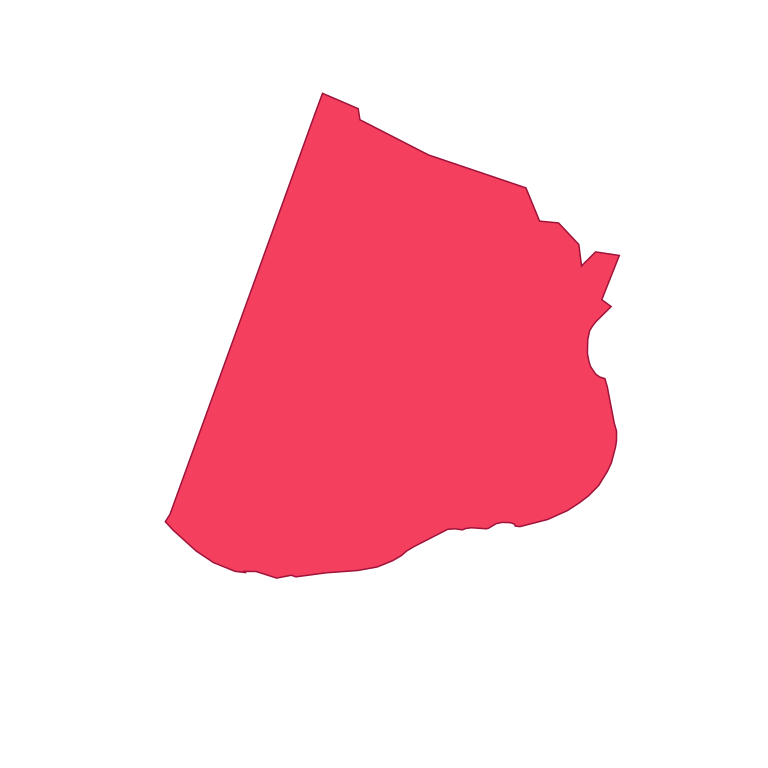 Ballard, Kentucky, United States of America (Mercator projection), rotated 219°
{"feature_id": "52423323B48879080073221", "entity_name": "Ballard", "entity_type": "district", "adm_level": 2, "iso_a3": "USA", "parent_name": "United States of America", "parent_adm1": "Kentucky", "projection": "mercator", "projection_center": [-89.072, 37.073], "detail": "fine", "context": "isolated", "style": "filled", "palette": "rose", "viewbox_px": 768, "rotation_deg": 219, "n_neighbors": 0, "source": "geoboundaries", "source_scale": "gbopen_adm2", "svg_char_len": 1023}
<svg xmlns="http://www.w3.org/2000/svg" viewBox="0 0 768 768"><g transform="rotate(219 384 384)"><path d="M467.3,139.4L455.9,137.7L424.8,136.0L404.1,137.9L381.8,144.7L372.3,150.7L375.6,149.7L365.4,157.8L345.3,165.6L335.7,177.0L331.1,178.7L310.0,201.0L287.1,222.5L274.1,237.6L266.1,252.1L262.5,261.6L261.4,268.2L258.4,276.5L243.1,311.1L237.5,316.3L231.4,319.9L229.4,323.3L225.6,327.3L213.2,336.0L212.0,337.7L209.0,346.0L205.1,350.8L198.5,355.8L194.5,357.2L192.6,356.2L188.6,358.7L171.5,381.8L166.7,391.4L161.8,401.0L157.2,415.3L154.7,425.9L153.3,440.1L155.4,456.6L157.7,465.9L164.5,480.9L167.6,486.2L173.5,493.6L180.8,498.8L208.8,522.4L215.7,527.2L220.8,525.2L225.6,524.9L234.1,527.4L238.2,529.9L245.2,535.8L253.5,546.6L257.7,554.7L258.4,559.7L258.6,565.3L256.2,587.1L267.8,586.6L282.0,632.0L302.7,619.8L304.8,600.1L320.4,615.0L349.7,619.0L365.6,608.5L397.1,625.7L493.6,590.0L569.0,574.2L577.3,581.7L614.7,571.2L607.5,549.9L547.7,377.7L468.3,148.0L467.3,139.4Z" fill="#f43f5e" stroke="#9f1239" stroke-width="1.5"/></g></svg>